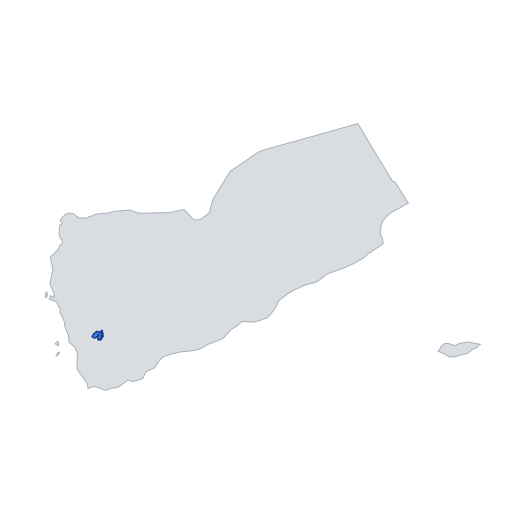 location of Hazm Al Odayn, Ibb, Yemen, rotated 354°
{"feature_id": "15242507B15559631909516", "entity_name": "Hazm Al Odayn", "entity_type": "district", "adm_level": 2, "iso_a3": "YEM", "parent_name": "Yemen", "parent_adm1": "Ibb", "projection": "albers", "projection_center": [43.968, 14.112], "detail": "fine", "context": "in_parent", "style": "filled", "palette": "blue", "viewbox_px": 512, "rotation_deg": 354, "n_neighbors": 0, "source": "geoboundaries", "source_scale": "gbopen_adm2", "svg_char_len": 5009}
<svg xmlns="http://www.w3.org/2000/svg" viewBox="0 0 512 512"><g transform="rotate(354 256 256)"><path d="M413.0,219.4L395.5,226.6L390.9,229.6L386.8,233.4L383.8,237.9L381.8,245.9L383.8,253.0L383.7,256.9L379.2,259.6L375.0,261.6L370.3,264.5L367.4,265.3L365.2,267.6L362.5,269.3L352.6,273.6L341.9,277.1L324.7,281.4L318.1,285.6L312.1,288.6L302.9,289.7L290.3,293.8L283.3,297.1L274.7,302.4L272.8,304.0L271.3,307.7L268.7,311.0L263.5,316.4L259.6,319.2L256.9,319.4L251.8,320.9L245.7,321.4L235.5,319.7L232.9,321.0L230.7,323.1L222.9,326.9L215.0,334.2L209.1,336.2L199.6,338.6L193.0,341.7L188.5,342.9L182.8,343.6L172.1,343.4L162.0,344.6L152.7,346.7L148.3,350.6L143.3,356.7L135.1,359.3L133.2,361.5L130.7,366.0L125.4,367.2L120.6,368.0L115.6,366.0L106.4,371.5L102.9,372.4L97.5,372.6L93.8,373.7L91.0,373.4L87.7,371.3L80.5,368.7L75.2,370.4L74.8,365.2L66.1,349.5L68.0,335.9L68.0,333.9L66.3,327.8L61.1,322.2L61.3,315.2L59.6,310.1L58.3,304.9L58.7,303.5L58.8,302.3L56.2,294.2L55.3,292.6L55.0,290.9L55.9,289.7L55.8,288.2L54.5,285.7L53.0,281.0L46.0,277.3L47.5,273.9L48.8,275.1L50.7,276.2L51.0,273.9L51.1,272.3L48.2,261.9L52.6,248.1L51.2,235.6L57.9,230.6L59.5,229.1L60.5,227.8L62.0,225.0L64.2,224.0L64.9,221.1L64.9,219.6L63.5,218.3L62.5,214.8L62.8,210.4L63.2,208.5L63.9,205.2L66.2,203.9L66.8,202.9L65.0,200.8L65.2,199.5L69.1,196.0L70.6,194.9L73.1,193.8L75.1,193.8L77.4,194.4L79.4,195.4L81.4,197.3L83.5,199.3L86.7,200.1L88.8,199.9L90.6,200.8L92.1,200.3L93.8,199.3L96.5,199.3L99.0,198.1L106.0,197.5L112.7,197.9L119.7,196.9L126.7,196.9L133.8,197.0L135.3,197.1L136.9,197.7L142.8,200.8L147.4,201.5L156.5,202.3L166.2,203.1L174.6,203.8L181.7,203.0L187.6,202.3L189.2,202.4L191.0,204.4L194.6,209.2L198.0,213.7L203.9,213.9L207.7,212.1L211.8,209.6L214.3,207.7L217.1,200.2L219.0,195.3L223.2,189.8L226.8,185.2L231.5,179.1L234.1,175.7L239.3,169.1L244.2,166.4L253.8,161.3L263.2,156.2L269.3,152.9L274.5,151.4L283.3,149.9L293.6,148.2L303.9,146.5L314.9,144.6L327.1,142.6L335.5,141.1L346.2,139.3L355.1,137.7L363.0,136.4L371.1,134.9L372.8,138.5L374.4,142.1L376.1,145.7L377.8,149.3L379.4,152.9L381.1,156.5L382.8,160.1L384.5,163.7L386.1,167.3L387.8,170.9L389.5,174.5L391.2,178.1L392.9,181.7L394.5,185.3L396.2,188.9L397.9,192.5L399.6,196.0L402.1,197.1L403.7,200.4L406.0,205.1L408.3,209.9L410.7,214.6L413.0,219.4ZM442.9,365.4L445.1,365.7L448.4,364.3L458.0,363.7L469.8,367.3L467.7,368.4L466.4,370.0L461.4,371.5L456.4,374.9L441.8,377.1L437.5,376.4L433.8,373.5L427.1,369.8L429.6,367.2L430.1,366.0L431.0,364.9L434.6,362.8L438.3,363.0L442.9,365.4ZM50.4,323.6L49.9,324.4L49.3,324.2L47.1,322.3L49.5,320.1L50.8,322.1L50.4,323.6ZM43.7,274.7L42.5,275.6L42.2,274.1L43.0,270.9L44.1,270.0L44.9,272.4L44.4,273.7L43.7,274.7ZM49.2,333.4L46.9,334.5L48.5,331.6L50.1,331.0L50.6,331.2L49.2,333.4Z" fill="#d9dde1" stroke="#a8b0b8" stroke-width="1"/><path d="M85.9,317.0L85.7,317.4L85.7,317.6L85.1,318.4L85.0,318.5L84.7,318.8L84.8,319.1L84.9,319.3L85.2,319.7L85.5,320.1L85.8,320.2L86.5,320.3L86.7,320.5L86.8,320.5L87.0,320.5L87.3,320.6L87.5,320.6L87.9,320.5L88.4,320.3L88.5,320.1L88.7,319.9L88.8,319.9L88.9,319.7L89.3,319.6L90.0,319.2L90.2,318.9L90.3,318.8L90.3,318.7L90.4,318.0L90.5,317.8L90.7,317.7L90.8,317.7L91.0,317.7L91.1,318.1L91.2,318.3L91.1,318.6L91.1,318.8L90.9,319.0L90.8,319.4L90.4,319.9L90.2,320.3L90.2,320.5L90.3,320.7L90.3,320.8L90.5,321.2L90.4,321.3L90.2,321.7L89.9,322.2L89.9,322.3L90.0,322.4L90.3,322.4L90.3,322.5L90.5,322.7L90.6,322.8L90.9,322.8L91.0,322.9L91.0,323.0L91.2,322.9L91.4,322.8L91.8,322.3L91.9,322.2L92.0,322.2L92.2,322.3L92.4,322.7L92.5,322.8L92.7,323.0L92.8,323.2L93.0,323.0L93.1,322.8L93.2,322.7L93.3,322.6L93.5,322.4L93.8,322.1L93.8,321.9L93.8,321.7L93.7,321.6L93.5,321.4L93.6,321.2L93.8,321.0L94.0,321.2L94.1,321.3L94.5,321.2L94.6,320.9L94.9,320.3L94.9,320.2L95.1,320.2L95.3,320.1L95.5,320.0L95.6,319.8L95.7,319.6L95.7,319.4L95.5,319.2L95.3,318.9L95.4,318.5L95.1,318.6L95.0,318.4L95.5,318.1L95.6,317.8L95.6,317.7L95.6,317.3L95.6,317.2L95.8,316.8L95.7,316.7L95.3,316.6L95.2,316.6L95.0,316.8L94.9,317.4L95.0,317.7L95.0,317.8L95.0,318.0L94.9,318.3L94.9,318.5L94.7,318.5L94.6,318.4L94.4,318.4L94.1,318.4L94.1,318.1L94.1,317.9L94.1,317.7L94.0,317.4L93.9,317.2L93.9,316.9L94.0,316.7L94.3,316.6L94.7,316.5L94.8,316.4L95.0,316.2L95.3,314.9L95.3,314.3L95.2,314.3L95.2,314.2L95.0,313.9L94.8,314.0L94.7,314.2L94.7,314.5L94.4,314.8L94.2,314.7L93.9,314.9L93.7,314.8L93.6,314.7L93.5,314.8L93.4,314.9L93.4,315.0L92.9,315.3L92.5,315.4L92.1,315.0L91.9,315.0L91.5,315.0L91.1,315.0L90.9,315.1L90.7,315.1L90.6,314.9L90.4,314.6L90.1,314.4L89.9,314.4L89.7,314.5L89.3,314.5L89.2,314.7L89.1,314.8L88.9,315.0L88.7,315.2L88.6,315.3L88.4,315.4L88.1,315.5L87.5,315.9L87.4,315.9L87.2,316.1L86.8,316.3L86.7,316.3L86.1,316.8L85.9,317.0L85.9,317.0ZM94.0,318.9L94.0,319.0L94.1,318.9L94.2,319.0L94.3,319.0L94.5,319.0L94.6,319.3L94.5,319.5L94.5,320.0L94.4,320.1L94.2,320.3L94.2,320.2L94.0,319.9L93.9,319.6L93.9,319.4L93.7,319.4L93.7,319.2L93.8,319.2L93.6,318.8L93.6,318.7L93.8,318.7L94.0,318.6L94.0,318.8L94.0,318.9Z" fill="#3b82f6" stroke="#1e3a8a" stroke-width="1.5"/></g></svg>